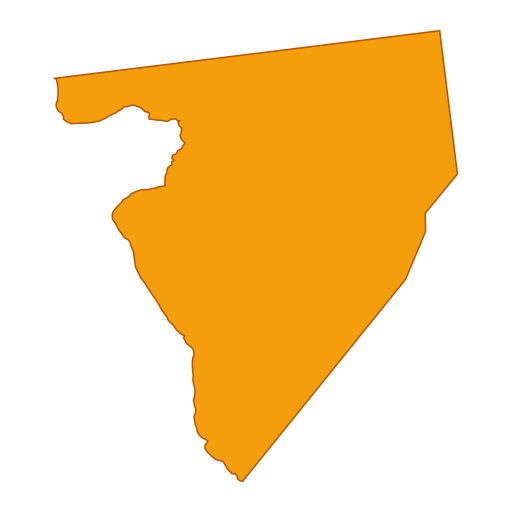 outline of Ngeiungel, Palau
{"feature_id": "81905179B59978558639999", "entity_name": "Ngeiungel", "entity_type": "district", "adm_level": 2, "iso_a3": "PLW", "parent_name": "Palau", "parent_adm1": "", "projection": "orthographic", "projection_center": [134.62, 7.699], "detail": "fine", "context": "isolated", "style": "filled", "palette": "amber", "viewbox_px": 512, "rotation_deg": 0, "n_neighbors": 0, "source": "geoboundaries", "source_scale": "gbopen_adm2", "svg_char_len": 2226}
<svg xmlns="http://www.w3.org/2000/svg" viewBox="0 0 512 512"><path d="M457.4,174.0L439.7,30.7L54.6,78.3L56.4,79.4L57.2,82.8L58.0,88.2L58.0,92.0L58.0,96.0L57.6,98.2L57.4,100.9L56.4,102.9L56.0,105.9L57.2,109.1L58.6,111.2L59.0,111.7L61.8,113.1L63.6,116.5L63.4,119.1L66.0,121.3L71.4,123.7L78.2,123.3L85.1,123.1L92.3,122.5L99.5,120.9L104.9,118.5L108.7,116.1L115.1,113.1L121.4,109.2L124.4,106.8L128.0,106.4L132.4,105.0L135.8,105.8L139.2,107.0L142.0,108.6L144.6,111.4L146.0,111.8L149.2,112.8L149.2,114.8L148.8,117.7L149.2,119.1L152.2,119.3L156.8,120.1L161.8,120.4L165.7,121.3L167.9,121.2L171.1,119.2L176.1,119.0L177.3,120.4L179.3,121.0L178.1,122.0L179.1,125.4L180.9,127.7L181.9,129.3L181.3,131.1L180.9,134.1L179.9,135.3L181.1,138.9L183.3,141.5L184.9,142.7L183.7,144.9L181.1,149.0L177.7,150.6L176.9,152.8L175.4,154.4L172.8,155.0L171.8,158.0L174.0,160.4L171.6,162.0L172.0,164.8L169.8,166.0L167.6,168.0L167.0,170.8L166.8,172.9L165.2,175.7L165.0,179.9L164.8,183.1L165.2,185.5L163.4,186.3L158.6,186.7L156.4,187.9L151.8,188.7L148.1,189.5L142.1,189.6L136.7,191.2L131.7,193.6L128.3,196.8L123.1,199.8L121.1,202.8L118.5,205.4L115.3,208.7L113.0,211.9L112.2,215.3L112.4,218.7L116.6,225.5L118.4,229.3L121.8,234.0L123.7,236.8L125.3,238.4L127.5,239.2L129.9,242.0L131.5,247.2L133.5,251.8L134.1,256.2L134.9,262.7L135.5,266.9L137.9,271.7L140.7,277.7L143.9,281.7L145.9,284.8L146.5,286.0L153.1,295.8L156.1,300.0L159.3,305.2L161.7,310.0L166.5,316.5L168.7,320.9L173.7,325.7L176.1,329.3L179.3,332.9L183.3,335.1L184.7,335.9L183.5,337.7L184.7,339.9L186.1,343.0L190.5,346.6L192.7,348.6L193.9,351.6L193.9,355.8L192.9,357.2L192.3,362.0L192.5,368.7L192.7,371.1L193.3,375.5L192.9,380.3L194.1,385.7L195.3,391.0L194.7,394.2L194.9,395.2L194.1,397.4L193.5,401.2L194.1,403.0L194.5,405.8L195.5,408.4L195.9,410.6L195.1,413.8L194.1,416.1L194.5,420.3L195.3,424.7L196.7,428.5L197.5,432.3L200.3,436.3L203.3,438.5L205.9,439.5L207.7,441.2L207.1,442.8L205.1,444.8L204.9,448.4L207.3,452.0L211.7,456.2L215.3,459.2L217.7,460.0L220.7,460.8L223.3,461.6L224.9,464.6L227.7,469.5L230.1,471.7L232.1,473.7L234.9,473.7L236.9,475.3L237.5,478.9L239.7,480.5L242.1,481.3L242.6,481.3L405.6,279.3L425.6,231.4L425.2,213.3L457.4,174.0Z" fill="#f59e0b" stroke="#b45309" stroke-width="1.5"/></svg>